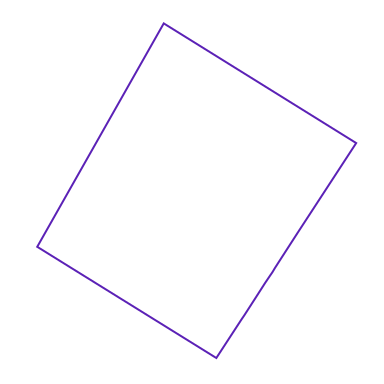 outline of Cochran, Texas, United States of America, rotated 212°
{"feature_id": "52423323B36453728926515", "entity_name": "Cochran", "entity_type": "district", "adm_level": 2, "iso_a3": "USA", "parent_name": "United States of America", "parent_adm1": "Texas", "projection": "albers", "projection_center": [-102.996, 33.607], "detail": "fine", "context": "isolated", "style": "outline", "palette": "violet", "viewbox_px": 384, "rotation_deg": 212, "n_neighbors": 0, "source": "geoboundaries", "source_scale": "gbopen_adm2", "svg_char_len": 342}
<svg xmlns="http://www.w3.org/2000/svg" viewBox="0 0 384 384"><g transform="rotate(212 192 192)"><path d="M80.8,213.4L78.7,320.4L78.7,320.5L305.3,320.0L294.2,63.5L83.4,64.1L82.5,110.2L82.3,115.2L82.0,136.2L81.8,153.6L81.5,162.0L81.3,166.5L81.4,171.5L81.3,178.8L80.8,213.4L80.8,213.4Z" fill="none" stroke="#5b21b6" stroke-width="2"/></g></svg>